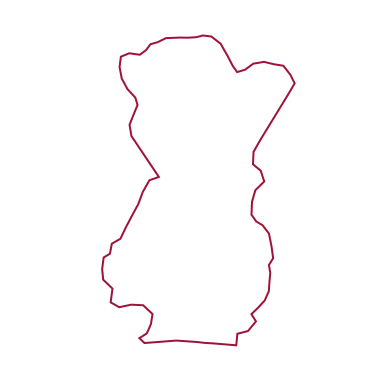 the district of Bom Jesus do Oeste, Santa Catarina, Brazil, rotated 9°
{"feature_id": "56859067B58988295597686", "entity_name": "Bom Jesus do Oeste", "entity_type": "district", "adm_level": 2, "iso_a3": "BRA", "parent_name": "Brazil", "parent_adm1": "Santa Catarina", "projection": "robinson", "projection_center": [-53.096, -26.684], "detail": "fine", "context": "isolated", "style": "outline", "palette": "rose", "viewbox_px": 384, "rotation_deg": 9, "n_neighbors": 0, "source": "geoboundaries", "source_scale": "gbopen_adm2", "svg_char_len": 1133}
<svg xmlns="http://www.w3.org/2000/svg" viewBox="0 0 384 384"><g transform="rotate(9 192 192)"><path d="M272.4,78.9L276.4,68.6L270.9,60.9L262.5,53.0L252.8,53.0L242.8,52.2L232.4,55.7L225.3,62.9L217.8,66.5L212.3,60.8L206.0,52.2L197.1,41.1L186.8,35.4L178.4,35.7L172.1,38.4L164.6,40.1L155.2,41.5L142.2,44.1L134.5,49.5L127.9,52.5L124.4,59.1L119.0,64.6L108.3,64.8L100.6,69.5L100.9,79.9L104.9,91.0L112.1,100.4L121.3,107.7L124.6,114.6L122.3,124.2L119.8,135.4L123.4,146.2L156.9,182.3L148.1,187.1L143.4,199.6L140.8,212.5L136.4,224.9L132.3,237.0L128.6,249.4L120.9,255.6L120.6,265.8L115.0,270.5L115.3,282.1L118.0,292.5L128.6,299.9L128.9,313.7L138.1,317.2L149.6,312.8L161.5,311.5L172.1,318.7L172.1,328.8L169.5,338.7L162.9,344.6L168.7,348.6L199.7,341.2L218.9,339.5L228.8,339.0L236.6,338.2L259.7,336.5L259.0,324.9L269.0,320.6L275.4,309.8L269.8,303.3L275.4,295.9L280.8,287.8L283.4,277.9L282.5,268.0L282.0,259.8L279.4,252.1L282.5,244.7L279.0,233.1L274.5,221.0L266.9,213.8L260.1,211.1L254.3,205.1L252.8,192.2L254.3,180.3L261.7,170.3L256.6,160.3L247.9,155.1L246.5,142.7L251.2,130.2L272.4,78.9Z" fill="none" stroke="#9f1239" stroke-width="2"/></g></svg>